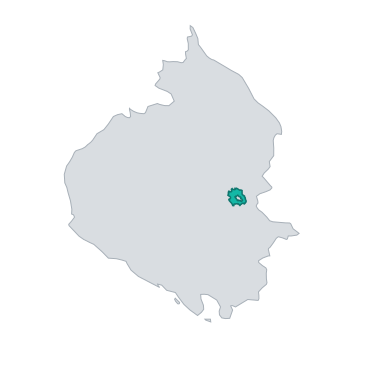 location of Tboung Khmum, Kâmpóng Cham, Cambodia, rotated 318°
{"feature_id": "14789045B3565316338498", "entity_name": "Tboung Khmum", "entity_type": "district", "adm_level": 2, "iso_a3": "KHM", "parent_name": "Cambodia", "parent_adm1": "Kâmpóng Cham", "projection": "equal_earth", "projection_center": [105.645, 11.969], "detail": "fine", "context": "in_parent", "style": "filled", "palette": "teal", "viewbox_px": 384, "rotation_deg": 318, "n_neighbors": 0, "source": "geoboundaries", "source_scale": "gbopen_adm2", "svg_char_len": 6522}
<svg xmlns="http://www.w3.org/2000/svg" viewBox="0 0 384 384"><g transform="rotate(318 192 192)"><path d="M302.0,67.2L302.7,70.4L300.9,76.5L299.0,81.9L295.4,86.7L295.2,90.2L294.0,100.7L294.5,104.1L295.4,106.9L296.5,108.5L299.7,118.7L302.6,128.1L305.4,135.8L305.9,140.6L303.4,153.0L300.4,164.3L300.7,169.9L302.0,175.6L303.4,183.1L303.9,192.8L303.2,199.1L301.8,203.0L299.2,207.0L297.0,209.0L294.2,205.6L292.0,205.5L289.1,206.5L286.8,208.1L282.2,214.0L277.0,219.7L269.8,221.1L267.0,225.4L264.0,226.0L258.4,226.2L254.7,227.2L254.8,229.3L254.5,239.4L254.6,241.8L254.0,242.4L251.5,242.7L247.1,241.2L241.2,238.7L237.0,238.3L234.9,242.7L233.6,244.4L232.0,244.6L230.3,245.4L229.8,247.4L229.6,249.8L230.5,254.0L230.8,260.7L230.5,265.3L232.1,268.2L241.1,277.8L243.8,280.3L244.1,281.7L242.5,287.0L243.9,294.4L241.1,294.2L236.4,291.1L234.1,289.1L231.4,290.7L230.4,290.4L228.6,286.7L226.2,283.0L223.7,282.8L218.4,284.2L213.1,285.3L211.0,285.2L210.2,285.9L207.1,291.5L205.8,290.5L200.4,288.4L195.5,287.6L194.4,289.0L195.0,293.5L196.1,297.9L195.5,299.8L192.8,302.1L189.2,306.3L187.0,309.6L185.5,310.4L180.0,310.2L174.6,310.7L172.4,313.7L170.3,316.1L168.6,316.8L161.5,309.2L147.4,306.5L145.9,303.2L144.5,302.5L143.2,306.9L135.5,311.1L132.2,308.5L129.9,305.5L130.2,301.7L132.5,298.7L136.3,296.5L138.1,288.8L135.2,279.0L132.6,276.1L129.9,273.9L127.1,277.5L124.7,283.8L122.2,287.0L118.6,287.7L113.5,287.5L111.5,278.1L110.8,270.1L111.6,261.0L112.4,255.6L107.4,248.1L107.2,241.0L104.8,237.4L104.1,239.2L104.1,241.3L103.5,239.8L95.7,219.0L94.4,209.3L95.8,201.9L96.6,199.4L94.3,195.5L91.2,191.0L85.6,185.2L85.2,176.0L84.0,165.2L82.4,161.5L79.8,154.9L78.5,149.3L78.1,134.7L78.8,133.5L82.8,133.1L87.9,132.1L88.7,129.7L87.8,127.8L91.1,124.5L95.8,117.2L99.4,109.7L102.0,104.9L103.6,100.1L108.9,93.4L116.2,88.8L121.1,87.7L126.2,86.1L131.1,83.9L133.4,83.7L139.5,86.4L142.8,87.1L146.3,87.0L149.8,87.3L152.9,87.0L160.4,85.1L168.3,86.7L175.4,85.5L184.1,83.3L188.4,84.7L192.3,86.9L192.9,91.3L193.8,93.3L195.1,94.9L196.8,94.9L199.1,91.8L200.9,88.6L201.5,88.0L201.6,89.6L202.6,93.0L204.2,96.4L205.9,98.7L208.7,101.7L210.5,101.9L216.5,99.0L225.5,103.1L226.5,105.2L229.4,109.4L232.6,112.4L239.6,112.6L242.1,105.2L240.9,100.7L236.9,92.8L235.8,88.2L237.1,87.4L243.8,86.5L244.9,85.6L246.4,80.5L248.2,81.1L252.0,81.7L255.9,78.2L258.3,74.6L259.5,76.2L260.9,78.8L262.5,80.3L265.3,82.5L268.5,85.6L270.4,88.6L272.0,89.8L276.0,89.0L277.1,89.1L279.4,85.4L281.0,83.4L282.4,84.0L284.4,83.9L288.6,79.2L291.0,74.9L292.3,73.8L296.0,75.9L297.5,75.5L299.7,69.6L302.0,67.2ZM108.9,265.8L108.1,266.4L107.4,266.4L106.6,265.5L106.7,262.1L107.3,260.1L108.5,259.7L108.9,265.8ZM120.6,298.8L119.0,301.1L116.5,296.4L116.5,295.1L120.6,298.8Z" fill="#d9dde1" stroke="#a8b0b8" stroke-width="1"/><path d="M213.9,225.2L213.9,226.3L213.9,227.0L213.8,227.3L213.7,227.9L213.6,228.4L213.4,228.9L213.2,229.2L213.4,229.4L213.4,229.6L213.5,229.7L213.5,229.8L213.8,230.0L214.0,230.1L214.3,229.8L214.4,229.7L214.5,229.6L214.7,229.4L214.8,229.4L215.1,229.2L215.3,229.2L215.5,229.2L215.6,229.3L215.7,229.5L216.0,229.9L216.2,230.0L216.3,230.0L216.7,230.1L216.8,230.2L217.0,230.3L217.3,230.6L217.8,231.3L218.2,231.3L218.2,231.7L218.3,231.7L218.5,231.8L218.5,232.1L218.6,232.4L218.6,232.6L218.6,232.8L218.6,233.0L218.5,233.4L218.6,233.5L218.6,233.8L218.6,234.1L218.8,234.1L219.1,234.0L219.4,233.8L219.5,233.8L219.8,233.8L220.1,233.9L220.4,234.0L220.6,234.1L220.8,234.1L221.0,234.1L221.3,234.0L221.6,234.0L221.8,234.0L222.0,234.2L222.2,234.3L222.3,234.4L222.4,234.5L222.5,234.6L222.5,234.8L222.6,235.2L222.9,235.9L223.4,235.9L223.5,235.9L223.6,235.7L223.7,235.8L223.9,235.8L223.9,235.6L224.2,235.6L224.3,235.6L224.7,235.7L224.8,235.7L225.0,235.7L225.2,235.4L225.4,235.4L225.6,235.4L225.8,235.3L225.8,235.2L226.0,235.1L226.1,234.9L226.4,234.6L226.5,234.2L226.5,233.8L226.6,233.4L226.8,233.3L226.9,233.2L227.1,232.8L227.2,232.3L227.3,232.2L227.5,232.2L227.7,231.9L227.8,231.5L227.8,230.8L227.9,230.6L227.9,230.4L228.1,230.4L228.2,230.2L228.3,230.1L228.1,229.2L227.7,227.9L227.7,227.7L227.7,227.4L227.8,227.2L228.0,226.9L228.6,226.2L229.2,225.5L230.2,224.4L230.0,224.1L229.9,224.0L229.9,223.8L229.8,223.6L229.7,223.5L229.7,223.4L229.7,223.2L229.4,223.0L229.2,222.9L228.9,222.8L228.8,222.7L228.7,222.5L228.6,222.4L228.6,222.2L228.5,221.9L228.4,221.6L228.3,221.3L228.3,221.2L228.2,220.7L228.1,220.3L228.0,220.1L227.9,220.0L227.9,219.9L227.8,219.6L227.8,219.4L227.7,219.3L227.6,219.0L227.5,218.9L227.4,218.9L227.2,218.9L227.2,219.0L227.1,218.9L226.8,218.5L226.7,218.4L226.6,218.2L226.4,218.0L226.2,218.2L226.2,218.3L226.1,218.5L226.0,218.8L226.1,219.0L225.9,219.0L225.8,218.9L225.7,218.9L225.4,218.9L225.1,218.7L224.9,218.3L224.7,218.1L224.4,217.9L224.3,217.6L224.1,217.5L224.0,217.3L224.1,216.3L223.1,216.3L222.9,216.9L222.4,217.5L222.2,217.8L222.0,218.0L221.7,218.0L221.3,218.0L221.2,218.0L221.1,217.9L220.8,217.7L220.5,217.5L220.5,217.4L220.5,217.2L220.5,216.9L220.4,216.8L220.3,216.7L220.1,216.5L220.1,216.4L220.0,216.2L219.9,216.2L219.7,216.1L219.4,216.2L219.5,216.2L219.5,216.3L219.4,216.3L219.4,216.2L219.2,216.3L219.1,216.5L218.9,216.8L218.9,217.0L218.7,217.0L218.6,216.9L218.4,216.9L218.3,217.1L218.2,217.4L218.2,217.7L218.1,217.8L217.9,217.8L217.7,217.8L217.7,218.0L217.4,218.2L217.2,218.2L217.0,218.3L216.9,218.3L216.7,218.3L216.5,218.5L216.6,218.8L216.6,219.0L216.7,219.4L216.8,219.6L216.8,219.8L216.9,220.0L217.0,220.2L217.0,220.3L217.2,220.6L217.2,220.8L217.2,221.0L217.1,221.3L217.1,221.6L216.9,221.9L216.7,222.2L216.4,222.4L216.2,222.4L215.9,222.4L215.3,222.3L215.2,222.4L214.8,222.8L214.7,222.7L214.6,222.2L214.3,222.3L214.3,222.5L214.2,222.6L214.1,222.8L214.0,223.0L213.9,223.4L213.9,223.7L213.9,223.8L213.9,224.0L213.9,224.3L213.9,224.8L213.9,225.2ZM223.9,225.0L223.9,226.5L224.0,226.6L224.0,226.8L223.9,226.9L223.9,227.0L224.0,227.2L224.1,227.4L224.2,227.5L224.6,227.7L224.5,228.2L224.7,228.5L224.4,229.2L224.2,229.3L223.9,229.4L223.8,229.5L223.8,229.8L224.0,230.0L224.2,230.5L224.3,230.6L224.3,230.9L224.2,231.1L224.1,231.3L224.1,231.7L224.0,231.9L223.9,231.9L223.8,232.0L223.7,232.1L223.3,232.1L223.1,232.0L222.9,231.9L222.8,232.0L222.7,232.1L222.4,232.1L222.3,231.9L222.3,231.6L222.3,231.1L222.0,231.1L221.9,231.0L221.9,230.9L221.9,230.7L222.0,230.6L221.9,230.4L221.8,230.2L221.6,230.0L221.5,229.9L221.4,229.9L221.2,229.7L221.1,229.4L221.1,229.1L220.9,229.0L220.7,228.9L220.4,228.9L220.2,228.9L220.2,229.0L220.1,228.9L220.0,228.7L220.4,228.5L220.4,227.9L220.4,225.9L220.6,225.9L220.6,224.4L221.6,224.4L221.6,224.9L223.9,225.0Z" fill="#14b8a6" stroke="#0f766e" stroke-width="1.5"/></g></svg>